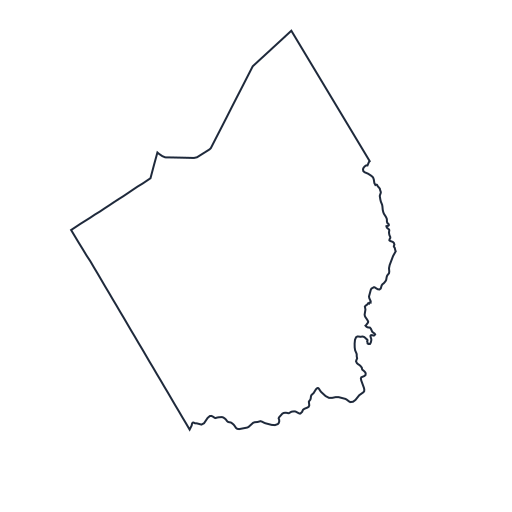 outline of Ohio, rotated 329°
{"feature_id": "USA-3550", "entity_name": "Ohio", "entity_type": "State", "adm_level": 1, "iso_a3": "USA", "parent_name": "United States of America", "parent_adm1": "", "projection": "mercator", "projection_center": [-82.407, 40.365], "detail": "fine", "context": "isolated", "style": "outline", "palette": "slate", "viewbox_px": 512, "rotation_deg": 329, "n_neighbors": 0, "source": "natural_earth", "source_scale": "10m", "svg_char_len": 4681}
<svg xmlns="http://www.w3.org/2000/svg" viewBox="0 0 512 512"><g transform="rotate(329 256 256)"><path d="M224.8,116.5L225.3,118.1L227.1,122.1L229.0,124.7L234.8,128.3L242.9,133.4L253.3,140.0L256.3,141.0L271.0,140.7L272.8,140.3L282.6,134.2L292.3,128.2L302.1,122.1L311.8,116.0L321.6,109.9L331.3,103.9L341.1,97.8L350.9,91.7L359.6,89.9L368.4,88.1L377.1,86.3L385.9,84.5L394.6,82.7L402.3,81.1L402.3,90.7L402.3,100.3L402.3,109.9L402.3,119.5L402.3,129.1L402.3,138.6L402.3,148.1L402.3,157.7L402.3,167.2L402.3,176.7L402.3,186.2L402.3,195.6L402.3,205.1L402.3,214.5L402.3,223.9L402.3,233.3L401.2,233.6L398.2,235.8L397.1,235.1L395.3,235.2L393.6,235.8L392.4,236.7L391.7,238.5L392.2,240.1L394.4,243.1L395.9,246.1L396.5,247.7L396.8,249.0L396.4,251.0L395.0,254.5L394.9,256.6L395.1,256.6L395.5,256.7L396.0,256.9L396.3,257.2L396.4,257.6L396.3,258.6L396.3,259.0L396.7,261.0L396.8,262.2L396.5,262.8L395.9,265.5L395.5,266.1L393.7,267.6L393.0,268.3L391.6,271.8L391.0,273.8L390.5,277.0L389.9,278.6L388.4,281.7L387.7,283.9L387.4,285.6L387.5,289.3L387.3,291.3L386.8,292.5L386.1,293.6L385.6,295.1L385.7,295.7L386.0,296.4L386.1,297.3L385.6,298.1L384.8,298.2L383.9,297.7L383.1,297.6L382.8,299.0L383.0,299.9L383.4,300.9L383.7,301.9L383.5,302.6L382.2,304.2L381.8,305.0L381.4,306.0L381.1,306.9L380.9,308.7L380.5,309.6L379.0,310.5L378.4,311.3L378.8,312.3L379.9,313.6L380.6,314.6L380.9,315.8L380.5,317.5L379.4,318.4L379.1,318.7L379.0,319.1L379.1,320.1L379.1,320.5L378.3,323.0L378.2,323.9L373.5,326.6L365.9,332.6L363.7,335.0L362.2,338.0L361.1,339.3L358.4,340.3L357.2,341.3L355.3,343.5L354.2,344.2L352.9,344.7L351.4,345.2L350.0,345.3L348.6,345.9L346.2,348.1L344.6,348.3L343.3,347.3L342.4,345.7L341.7,344.2L341.1,343.5L338.2,343.4L337.1,344.0L332.0,348.9L331.4,350.5L331.0,353.9L330.2,355.0L329.6,354.5L329.2,354.4L328.8,354.5L328.3,355.0L327.8,354.3L326.3,354.9L324.6,355.0L323.3,355.4L322.2,358.3L318.9,362.2L318.4,363.6L318.3,364.6L318.5,367.9L318.4,369.9L317.8,370.7L314.4,372.1L314.0,372.1L314.0,372.4L314.3,373.6L314.6,374.1L315.0,374.7L315.5,375.2L316.0,375.4L316.8,376.1L317.0,377.6L316.6,380.8L317.1,382.2L317.7,383.6L317.7,384.6L316.4,385.0L315.7,384.7L314.5,383.4L313.6,383.1L312.9,383.5L312.5,384.6L312.0,386.7L311.2,387.9L309.8,389.3L308.4,390.1L307.1,389.4L306.6,388.5L306.7,388.1L307.1,387.6L307.3,386.4L307.5,386.2L307.8,386.0L308.1,385.8L308.3,385.3L308.2,384.7L308.0,384.2L307.8,383.8L307.5,382.4L306.9,381.0L305.9,379.9L303.8,379.0L302.8,378.1L301.5,377.2L299.9,377.2L297.7,378.8L295.4,381.9L293.5,385.2L292.4,387.9L291.9,391.5L291.6,392.3L290.7,393.8L289.9,395.9L288.6,396.8L287.5,397.8L287.3,399.8L287.8,401.4L288.4,402.5L288.9,404.0L289.2,406.2L288.7,407.4L288.6,408.3L289.2,409.8L289.5,410.9L289.7,412.1L289.6,413.0L288.6,414.4L287.1,414.7L283.8,414.2L282.8,415.0L282.1,416.9L280.6,424.6L280.1,426.1L279.1,427.6L277.9,428.1L272.8,428.5L267.1,430.6L264.1,430.9L261.6,429.8L261.6,429.7L260.9,428.7L259.8,425.9L259.1,424.6L254.2,419.6L251.6,418.0L248.4,416.9L245.5,415.2L243.5,411.9L241.8,406.1L241.6,404.4L241.6,402.7L241.4,401.4L240.6,400.8L238.8,401.1L234.7,403.2L233.0,403.5L231.6,403.9L230.5,405.0L229.6,406.2L228.6,407.1L226.8,407.8L226.2,408.2L225.9,408.9L225.1,410.7L224.6,411.6L223.4,412.4L222.0,412.4L218.8,411.9L217.2,412.0L216.2,412.6L215.4,413.3L212.9,413.9L212.4,413.7L211.6,412.7L210.0,410.0L209.5,409.4L208.6,408.8L206.7,407.9L205.7,407.7L203.3,407.7L202.7,407.4L201.6,406.3L200.3,405.4L198.9,404.8L197.4,404.7L192.6,406.2L191.8,406.8L191.5,408.4L190.6,409.9L189.4,410.9L188.1,411.3L185.1,410.7L182.4,408.8L177.8,404.1L176.8,402.7L175.9,401.2L174.8,399.9L171.9,399.1L169.2,397.8L167.6,397.5L161.5,398.7L160.0,398.5L152.4,395.7L150.9,394.5L150.3,393.0L150.2,390.9L150.0,389.1L149.5,387.6L148.9,386.1L148.2,385.3L147.2,384.5L146.4,383.5L146.1,382.3L146.0,380.7L145.5,379.1L144.8,377.6L143.8,376.5L140.9,375.0L139.3,374.4L137.9,374.1L137.2,373.4L136.5,371.8L135.5,370.2L134.0,369.4L131.1,369.9L125.3,372.6L122.4,372.4L118.9,368.8L117.9,368.2L117.5,367.9L116.7,366.6L116.1,366.3L115.2,366.5L114.6,367.0L113.5,368.2L109.7,370.6L109.8,363.5L109.8,356.3L109.9,349.2L109.9,342.0L110.0,334.8L110.1,327.7L110.1,320.5L110.2,313.3L110.2,306.1L110.3,298.9L110.3,291.7L110.4,284.5L110.5,277.2L110.5,270.0L110.6,262.7L110.6,255.5L110.7,248.2L110.8,240.9L110.8,233.7L110.9,226.4L110.9,219.1L111.0,211.8L111.0,204.4L111.1,197.1L111.2,189.8L111.2,182.4L111.3,175.1L111.0,168.3L111.0,161.1L110.9,153.0L110.9,145.7L110.9,138.5L115.6,138.3L122.1,138.0L127.9,137.9L133.5,137.8L139.3,137.5L145.1,137.5L150.5,137.2L156.2,137.0L162.0,136.7L167.8,136.5L173.2,136.4L179.1,136.1L184.3,135.8L190.2,135.5L196.0,135.5L205.6,135.0L216.0,124.9L224.8,116.5Z" fill="none" stroke="#1e293b" stroke-width="2"/></g></svg>